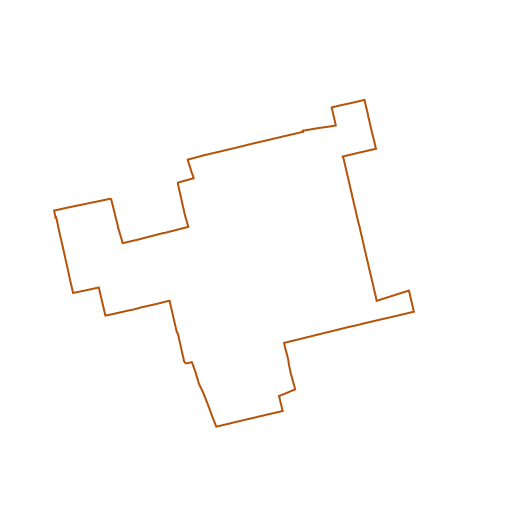 the district of Amarastii De Jos, Dolj, Romania, rotated 238°
{"feature_id": "2599482B30095790947813", "entity_name": "Amarastii De Jos", "entity_type": "district", "adm_level": 2, "iso_a3": "ROU", "parent_name": "Romania", "parent_adm1": "Dolj", "projection": "orthographic", "projection_center": [24.201, 43.928], "detail": "fine", "context": "isolated", "style": "outline", "palette": "amber", "viewbox_px": 512, "rotation_deg": 238, "n_neighbors": 0, "source": "geoboundaries", "source_scale": "gbopen_adm2", "svg_char_len": 4632}
<svg xmlns="http://www.w3.org/2000/svg" viewBox="0 0 512 512"><g transform="rotate(238 256 256)"><path d="M341.9,399.0L341.9,398.9L333.1,395.9L330.6,395.0L324.5,392.9L324.4,392.8L327.3,385.9L330.0,379.9L332.1,375.1L334.8,368.5L337.5,362.0L337.1,361.8L336.4,361.6L336.9,360.4L337.0,359.9L337.5,358.3L339.0,354.0L340.7,349.1L340.9,348.5L341.4,347.1L341.7,346.1L343.2,341.9L343.6,340.5L344.1,339.2L344.3,338.6L344.6,337.5L346.3,332.7L346.7,331.4L347.2,329.8L351.4,317.7L352.2,315.2L352.3,315.0L352.8,313.6L355.1,306.7L355.4,305.6L358.4,296.4L368.1,267.9L368.4,267.0L368.6,266.5L369.0,265.6L369.1,264.9L372.7,253.1L373.9,249.2L373.1,248.9L363.5,246.4L363.0,246.3L361.3,245.7L359.9,245.6L359.4,245.5L357.8,245.1L355.0,244.3L356.8,238.1L357.2,236.9L357.4,236.1L357.9,234.5L357.9,234.4L358.2,233.6L358.5,232.4L359.5,229.0L359.5,228.8L359.4,228.6L359.2,228.4L358.9,228.2L358.2,227.9L357.9,227.8L357.2,227.6L356.8,227.4L356.4,227.3L356.1,227.2L355.9,227.1L355.1,226.8L354.0,226.4L353.0,226.0L352.2,225.8L350.6,225.2L348.6,224.5L346.1,223.6L345.7,223.5L343.6,222.8L341.2,221.9L339.0,221.1L338.5,220.9L336.3,220.2L330.0,218.0L328.3,217.5L327.0,217.0L324.4,216.3L317.1,214.2L316.6,214.0L321.6,198.2L324.2,190.1L324.5,189.9L327.4,180.7L330.6,170.6L331.8,166.5L337.5,149.8L352.4,153.9L352.7,153.9L352.8,153.8L353.3,154.1L354.9,154.8L366.3,158.5L380.6,163.2L380.9,163.1L381.3,163.1L381.5,163.1L381.8,162.7L382.2,161.9L382.6,160.4L383.0,159.4L383.6,157.7L384.0,156.5L384.2,156.3L384.5,155.3L386.7,149.3L386.9,148.8L387.0,148.4L387.4,147.6L389.1,142.9L390.8,138.2L392.0,134.9L392.4,133.9L393.3,131.7L397.6,119.9L399.2,115.2L401.1,110.1L401.5,108.8L401.2,108.7L396.4,107.0L394.7,106.3L394.5,107.0L391.7,106.0L380.5,101.9L366.2,97.0L359.2,94.5L348.3,90.7L333.9,85.5L331.0,84.5L321.6,81.3L317.9,91.2L317.0,93.6L312.6,106.0L305.9,103.7L302.6,102.6L285.3,96.7L285.1,97.1L282.6,103.9L280.8,109.1L279.6,112.5L278.9,114.3L277.9,117.5L277.4,118.7L276.9,120.2L276.4,121.3L275.8,123.1L275.2,124.9L274.3,127.8L273.6,130.3L272.6,133.3L271.1,137.5L268.9,143.8L267.9,146.7L264.2,158.2L263.8,159.0L260.2,157.7L249.4,154.0L237.5,149.9L233.3,148.5L232.8,148.5L232.1,148.5L231.8,148.7L228.6,147.6L224.9,146.3L220.1,144.6L212.5,141.9L204.7,139.2L204.1,139.1L203.5,139.2L202.5,139.6L202.0,140.0L201.7,140.5L200.1,145.0L200.0,145.3L198.0,145.0L188.9,143.0L185.1,141.8L182.4,141.2L179.0,140.2L178.3,139.9L167.3,138.7L156.7,136.7L150.8,135.5L144.3,134.1L132.5,131.9L132.4,131.9L132.4,132.0L132.2,132.6L132.0,132.8L127.4,146.4L126.9,148.0L125.5,152.2L124.1,156.3L123.2,158.9L122.9,160.0L122.4,161.3L121.2,164.9L120.3,167.4L119.4,170.1L118.7,172.1L118.1,174.1L117.0,177.1L116.1,180.0L115.3,182.4L112.9,189.2L111.4,193.6L110.7,195.7L110.5,196.5L114.1,197.7L120.2,199.7L125.1,201.4L124.7,203.2L123.9,207.6L122.2,218.5L125.5,219.6L132.6,221.7L138.8,223.5L147.3,226.7L150.2,228.1L153.0,229.1L157.9,230.6L161.3,231.6L165.0,232.8L166.8,233.6L167.4,233.8L146.7,296.9L145.2,301.2L144.6,302.7L142.9,307.7L141.8,311.4L138.7,320.5L135.9,328.7L132.8,337.5L127.2,354.1L125.4,359.4L125.1,360.4L125.5,360.5L127.5,361.2L129.5,361.9L131.6,362.6L133.6,363.3L135.7,364.0L137.7,364.7L139.8,365.4L141.9,366.1L144.0,366.8L145.7,367.3L146.2,365.1L146.7,363.4L147.4,360.6L147.6,359.9L147.9,358.8L148.4,356.8L148.9,354.8L149.4,352.8L149.9,350.9L150.5,348.7L150.7,347.8L150.8,347.2L151.2,345.8L151.5,344.4L151.9,342.9L152.3,341.5L152.7,340.1L153.0,338.7L153.3,337.3L153.8,335.4L154.0,334.6L154.4,334.7L155.8,335.2L157.5,335.8L159.1,336.4L159.8,336.7L161.2,337.1L163.3,337.8L165.4,338.5L167.3,339.2L169.3,339.9L171.2,340.6L173.2,341.2L175.2,341.9L177.2,342.6L179.3,343.3L181.4,344.0L183.5,344.7L185.6,345.4L187.7,346.1L189.9,346.9L192.0,347.6L194.1,348.3L196.3,349.1L198.5,349.8L200.7,350.6L202.9,351.3L205.1,352.0L207.2,352.8L209.4,353.6L211.6,354.4L213.8,355.1L216.0,355.9L218.2,356.6L220.5,357.4L222.6,358.1L224.7,358.9L226.8,359.6L230.9,360.8L234.9,362.2L238.7,363.5L240.6,364.2L242.4,364.8L244.3,365.4L246.1,366.0L247.9,366.6L249.7,367.2L251.5,367.9L253.2,368.5L254.9,369.0L256.5,369.6L258.2,370.2L259.9,370.8L261.6,371.3L263.2,371.9L264.9,372.5L266.5,373.0L269.8,374.2L273.0,375.3L280.9,378.0L287.0,380.1L288.5,380.6L290.2,381.2L292.4,381.9L293.4,381.9L294.0,382.0L294.4,382.3L294.2,382.8L294.1,383.2L293.8,384.1L293.0,386.5L292.6,387.7L291.9,389.7L291.6,390.6L291.4,391.2L288.8,399.0L288.7,399.1L283.4,414.6L283.6,414.6L290.7,417.1L295.7,418.7L300.5,420.2L307.9,422.8L308.5,423.1L308.8,423.1L312.2,424.3L312.3,424.3L315.5,425.4L319.2,426.8L323.7,428.2L326.2,429.1L330.9,430.7L333.6,422.7L334.5,420.1L339.0,407.5L341.7,399.5L341.9,399.0Z" fill="none" stroke="#b45309" stroke-width="2"/></g></svg>